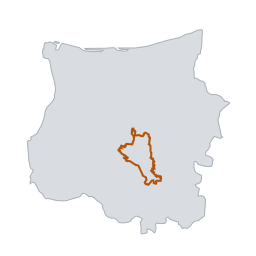 Bere, Worodougou, Ivory Coast (highlighted), rotated 185°
{"feature_id": "98640826B43857880322183", "entity_name": "Bere", "entity_type": "district", "adm_level": 2, "iso_a3": "CIV", "parent_name": "Ivory Coast", "parent_adm1": "Worodougou", "projection": "albers", "projection_center": [-6.135, 8.377], "detail": "fine", "context": "in_parent", "style": "outline", "palette": "amber", "viewbox_px": 256, "rotation_deg": 185, "n_neighbors": 0, "source": "geoboundaries", "source_scale": "gbopen_adm2", "svg_char_len": 8394}
<svg xmlns="http://www.w3.org/2000/svg" viewBox="0 0 256 256"><g transform="rotate(185 128 128)"><path d="M49.4,41.9L50.4,41.8L52.9,41.1L55.1,39.5L57.2,36.0L60.1,33.2L63.3,33.4L64.2,32.9L65.4,32.8L66.7,34.7L68.0,36.1L69.0,36.1L69.7,38.8L75.5,39.9L78.0,40.6L80.1,42.6L80.9,42.6L81.7,42.2L82.4,41.5L82.6,40.8L81.7,39.0L82.1,37.5L83.0,36.1L84.5,36.0L86.8,35.6L89.4,35.6L91.3,35.9L92.1,34.5L91.4,30.5L91.6,28.4L91.9,26.5L92.6,25.8L95.5,28.1L98.1,28.9L100.0,29.0L100.5,28.6L99.7,26.1L100.0,25.3L100.7,24.9L101.9,24.6L105.3,23.6L105.6,23.8L106.3,27.8L106.0,29.0L106.7,31.7L107.5,34.2L107.5,35.2L106.8,36.8L105.9,38.2L106.0,38.8L107.3,39.7L109.9,40.7L112.6,40.9L114.1,39.5L115.6,38.3L116.7,37.3L117.0,35.7L118.7,34.6L123.6,33.1L128.0,32.9L129.1,33.4L131.1,35.5L133.6,37.0L137.5,36.8L140.3,37.7L142.8,39.4L144.4,43.1L146.2,45.8L147.0,49.6L149.8,51.6L152.0,52.5L155.0,55.2L158.1,56.6L161.3,56.3L162.8,57.7L165.2,58.8L167.6,58.8L169.7,55.6L172.5,54.3L179.5,51.7L182.3,50.6L185.1,49.8L191.9,49.5L198.2,50.3L201.3,50.9L203.4,50.4L205.5,51.9L207.6,55.1L209.3,56.1L211.1,57.2L212.4,59.7L214.0,62.2L214.8,63.3L216.7,65.7L218.3,65.7L219.9,64.7L220.6,63.9L220.9,65.5L220.3,68.1L220.5,69.7L221.4,70.4L220.9,72.5L219.1,76.1L219.1,78.2L220.9,78.8L222.3,81.0L223.1,84.9L223.9,86.2L224.0,86.9L225.4,96.2L227.1,105.5L226.1,106.8L224.7,107.1L223.7,107.6L223.5,108.4L224.1,109.7L223.7,110.9L221.9,111.7L218.0,114.7L217.7,115.9L216.7,118.4L215.9,120.0L214.6,122.8L212.6,130.4L211.9,136.7L211.8,138.6L211.0,139.9L210.2,141.9L205.9,147.3L203.8,151.7L204.1,153.6L204.2,155.5L203.6,156.9L203.7,160.6L204.3,163.7L205.0,166.7L208.2,175.3L209.9,180.5L210.9,184.7L211.8,187.5L212.6,188.7L213.0,189.8L217.6,190.5L218.5,191.1L219.8,196.6L219.6,199.1L218.7,200.0L218.8,202.1L218.6,204.7L217.9,205.8L215.3,205.9L213.6,206.9L211.3,206.6L211.0,205.9L209.8,205.7L206.4,204.2L206.9,199.5L205.3,199.3L204.1,199.9L201.7,205.7L200.5,206.6L183.4,203.8L179.7,201.5L175.2,200.9L167.5,201.2L161.1,202.0L159.3,203.4L175.4,202.5L177.1,202.7L178.0,203.5L157.5,205.5L149.8,206.7L147.4,206.4L145.7,204.5L137.2,204.3L135.5,204.9L134.4,206.3L137.8,206.0L143.0,205.9L144.4,206.9L128.0,208.3L116.6,210.9L111.7,212.8L95.8,219.0L86.1,222.0L83.5,223.1L79.1,226.1L73.4,228.0L67.0,231.6L63.1,232.4L62.3,231.2L62.2,225.2L61.7,217.0L61.9,213.9L62.4,211.0L62.4,208.5L64.4,207.6L64.9,206.6L65.2,203.4L67.0,200.6L67.0,195.5L67.6,194.5L68.0,193.2L67.2,189.8L66.3,183.6L65.8,183.2L65.3,183.5L64.3,183.6L60.3,181.4L57.3,181.0L55.1,179.2L55.0,177.1L53.9,175.9L53.2,173.5L52.1,170.7L49.1,169.0L46.3,168.6L44.2,168.9L41.9,168.8L39.1,167.8L37.3,166.8L35.5,164.7L33.9,163.1L32.5,163.3L30.9,162.9L29.4,162.2L28.9,161.6L35.5,155.2L37.8,152.0L38.0,150.1L38.0,148.1L38.8,146.1L39.0,143.1L35.4,132.0L34.5,128.6L33.5,127.6L32.9,127.2L34.7,125.8L37.3,126.1L41.2,127.3L42.0,126.2L45.0,120.6L44.9,118.5L44.6,117.1L46.4,113.3L47.7,111.8L48.5,110.2L48.3,108.0L47.2,107.2L45.9,107.3L44.2,106.8L41.8,105.5L40.5,104.4L40.9,99.4L41.2,97.8L42.0,96.9L43.4,96.7L47.3,96.5L50.4,97.1L53.1,97.5L54.6,97.5L55.7,99.0L57.3,100.5L58.7,100.5L59.2,99.4L58.9,94.4L58.0,91.7L55.9,89.2L50.5,87.0L50.4,83.9L50.9,80.7L52.1,79.4L56.1,77.4L55.4,76.2L54.2,75.0L51.6,73.8L52.2,69.9L52.4,66.4L50.2,66.7L48.0,66.9L46.1,65.8L44.6,63.7L44.3,57.8L44.4,51.0L44.1,48.0L44.7,46.4L46.6,45.0L48.7,43.1L49.4,41.9ZM209.1,206.7L208.2,208.0L203.8,207.2L204.9,206.1L209.1,206.7Z" fill="#d9dde1" stroke="#a8b0b8" stroke-width="1"/><path d="M91.0,78.1L91.0,78.3L90.9,78.4L91.0,78.6L91.1,79.0L90.8,79.7L90.9,79.9L90.8,80.1L90.8,80.3L91.0,80.4L90.9,80.4L90.9,80.6L91.1,80.7L91.3,80.9L91.1,80.9L90.9,81.1L90.7,81.1L90.7,81.3L91.0,81.6L91.1,81.9L91.0,82.3L91.4,82.8L91.7,82.8L91.8,82.5L92.0,82.6L92.1,82.4L92.3,82.2L92.7,82.4L92.8,82.4L93.0,82.2L93.4,82.3L93.5,82.5L93.7,82.8L93.9,82.6L94.1,82.7L94.2,82.4L94.8,82.1L94.8,82.5L95.0,82.6L95.0,82.2L95.4,82.0L95.7,82.2L95.8,82.4L96.0,82.5L95.9,82.7L96.0,82.9L95.7,83.0L95.8,83.3L96.0,83.3L96.1,83.6L96.3,83.7L96.7,83.6L96.8,83.8L96.9,84.0L97.5,84.1L98.0,84.7L98.1,84.9L98.3,84.8L98.5,85.2L98.7,85.4L98.9,85.5L98.8,86.0L98.4,85.8L98.3,86.1L98.6,86.1L98.7,86.3L98.9,86.4L98.9,86.5L99.0,86.6L99.3,86.8L99.5,86.6L99.7,86.2L99.9,86.1L100.0,86.2L100.3,86.4L100.3,86.7L100.7,86.9L100.9,87.1L100.5,87.3L100.5,87.6L100.8,87.8L100.3,88.2L100.3,88.5L100.3,88.8L100.3,89.2L99.9,89.3L100.2,89.4L100.3,89.6L100.2,89.6L99.7,89.6L99.6,89.3L99.5,89.2L99.5,89.5L99.4,89.8L99.2,89.6L99.3,89.4L99.0,89.4L98.9,89.7L98.8,89.8L98.8,90.1L99.4,90.3L99.4,90.5L99.2,90.5L98.9,90.7L98.5,90.7L98.6,90.9L98.6,91.1L98.8,90.8L99.0,90.9L99.1,91.1L99.1,91.4L99.4,91.6L99.5,92.0L98.9,92.2L98.7,92.4L98.5,92.5L98.4,92.8L98.9,92.8L99.3,92.3L99.5,92.3L99.4,92.7L99.8,93.2L99.4,93.5L99.6,93.7L99.6,93.8L99.3,94.0L99.1,94.0L99.4,94.4L99.4,94.2L99.6,94.2L99.8,94.7L99.8,95.2L100.1,95.7L100.0,96.1L99.8,96.1L99.6,96.4L99.4,96.2L99.2,96.0L99.0,96.3L98.9,96.5L98.9,96.9L99.0,97.0L99.7,97.1L99.9,97.3L99.8,98.1L100.3,98.4L100.3,98.6L100.4,98.8L100.4,99.3L100.8,99.1L101.2,99.2L101.9,99.4L102.3,100.2L102.0,100.4L102.0,100.5L102.3,100.6L102.7,100.6L102.5,100.9L102.3,100.9L102.2,101.0L102.3,101.1L102.6,101.2L102.4,101.7L102.5,102.2L102.5,102.8L102.6,103.3L102.4,103.7L102.6,104.3L102.5,104.7L102.6,105.3L103.0,105.6L103.5,106.7L103.5,107.3L103.8,108.6L103.7,109.2L104.0,111.0L104.0,111.5L104.1,112.1L104.2,112.4L104.5,112.8L104.9,112.8L105.6,113.6L105.9,113.7L105.8,114.1L105.4,114.7L105.4,115.6L105.7,116.4L105.4,116.9L105.5,117.6L105.3,117.9L105.3,118.1L105.5,118.6L105.3,119.0L105.4,119.6L105.2,119.8L105.3,120.2L105.8,120.1L106.1,120.4L106.0,120.7L106.0,120.9L106.8,121.8L106.7,123.0L106.8,123.3L107.2,123.3L107.5,123.5L108.3,124.1L109.2,124.3L109.8,124.6L110.2,124.9L110.3,124.9L111.3,124.2L111.6,123.8L111.6,123.6L111.8,123.4L111.8,123.2L111.6,122.7L111.8,122.2L112.0,122.4L112.1,122.2L112.2,121.9L112.6,121.2L113.1,121.0L113.5,121.2L113.8,121.2L114.4,121.0L114.5,121.0L115.3,121.8L115.6,121.7L116.2,121.8L117.3,121.7L117.5,121.6L118.1,121.6L118.4,121.6L118.6,121.5L118.7,121.4L119.0,121.2L120.0,121.1L120.4,121.4L120.4,122.8L120.5,123.3L120.8,123.8L120.5,124.5L120.3,124.8L120.3,125.0L120.5,125.3L121.3,126.2L121.6,126.4L122.0,126.3L122.2,126.6L122.3,126.9L122.3,127.1L122.5,127.3L122.5,127.6L122.6,127.9L123.6,127.8L123.9,126.9L123.4,126.0L122.8,125.5L123.9,125.0L123.7,124.0L123.9,122.7L123.7,122.5L122.2,121.1L121.9,120.4L121.2,119.3L121.3,119.2L121.5,119.0L121.4,118.7L121.2,118.4L121.1,118.0L121.3,117.1L121.2,116.3L121.4,115.7L121.6,115.3L121.6,115.2L121.8,115.0L121.8,114.8L121.9,114.5L121.9,114.3L121.8,113.9L121.9,113.7L122.2,113.3L122.3,112.3L122.4,112.0L127.7,112.1L127.8,111.9L128.2,111.9L128.2,111.7L128.4,111.6L128.6,110.9L129.1,110.8L129.1,110.6L129.0,110.3L129.1,110.2L129.3,110.3L129.4,110.2L129.5,110.1L129.3,109.7L129.4,109.4L129.1,109.1L129.5,108.8L129.7,109.3L130.3,109.2L130.5,108.9L130.7,109.1L130.8,109.3L131.3,109.4L131.4,109.1L131.7,109.1L132.4,109.5L132.4,109.4L132.5,109.3L132.9,109.6L133.2,109.5L133.3,109.5L133.2,108.9L133.3,108.4L133.0,107.9L133.1,107.5L133.0,107.4L133.8,107.5L134.5,107.5L134.6,107.4L134.8,107.1L134.6,106.8L134.6,106.3L134.7,106.0L134.9,105.8L134.9,105.7L134.3,105.1L134.0,104.5L134.3,104.4L134.8,104.7L135.2,104.7L134.7,104.1L134.2,103.9L133.9,103.8L133.5,103.8L133.4,103.6L133.4,103.2L133.3,102.9L132.6,102.6L132.3,102.3L132.1,101.9L131.1,101.4L130.9,101.3L130.5,101.0L130.3,101.1L130.1,101.1L129.8,100.8L129.7,100.4L129.3,100.5L128.3,100.4L127.9,100.0L127.5,99.6L127.2,99.3L126.5,99.0L125.7,98.5L125.6,98.3L125.7,98.1L126.3,98.0L126.4,97.8L126.5,97.8L126.8,97.8L127.0,97.7L127.6,97.9L127.8,98.1L128.2,98.3L128.4,98.3L128.7,98.2L129.0,97.8L129.3,97.7L129.2,97.6L128.7,97.5L128.3,97.2L127.5,96.9L126.8,96.5L127.0,95.9L126.5,95.6L126.5,95.3L126.6,95.2L126.0,95.0L125.9,95.2L125.6,95.0L123.2,95.2L116.8,91.7L116.5,91.9L115.8,91.7L114.6,91.5L114.4,91.4L113.9,90.8L113.7,90.2L109.5,83.0L109.3,82.0L105.8,80.3L105.6,79.2L105.0,78.1L105.3,77.3L106.2,76.1L106.6,75.2L106.3,74.7L105.6,74.0L105.3,73.6L105.2,73.6L104.7,73.7L104.7,73.8L104.1,73.5L103.8,73.7L103.6,73.6L103.3,73.3L102.7,73.2L102.6,73.3L102.5,73.7L102.2,74.0L101.7,75.0L100.6,76.0L100.4,76.6L100.2,77.1L99.3,77.9L99.0,77.9L98.2,78.1L98.1,77.4L97.6,75.9L97.6,75.4L97.4,75.3L96.4,75.1L95.7,74.9L95.3,74.9L95.2,75.3L95.2,75.5L95.0,75.9L95.0,76.3L95.2,76.5L95.6,76.7L95.3,77.7L95.1,77.9L94.8,78.0L94.4,78.0L94.0,78.2L93.5,78.1L92.6,77.9L91.6,78.1L91.0,78.1Z" fill="none" stroke="#b45309" stroke-width="2"/></g></svg>